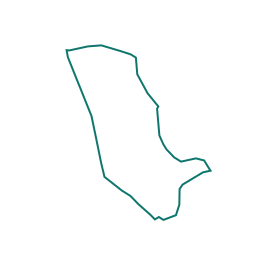 Zaqaziq 1, Ash Sharqiyah, Egypt (Albers equal-area conic projection), rotated 301°
{"feature_id": "37247803B90697971403179", "entity_name": "Zaqaziq 1", "entity_type": "district", "adm_level": 2, "iso_a3": "EGY", "parent_name": "Egypt", "parent_adm1": "Ash Sharqiyah", "projection": "albers", "projection_center": [31.514, 30.585], "detail": "fine", "context": "isolated", "style": "outline", "palette": "teal", "viewbox_px": 256, "rotation_deg": 301, "n_neighbors": 0, "source": "geoboundaries", "source_scale": "gbopen_adm2", "svg_char_len": 727}
<svg xmlns="http://www.w3.org/2000/svg" viewBox="0 0 256 256"><g transform="rotate(301 128 128)"><path d="M163.1,35.3L157.8,39.9L142.1,60.6L136.7,67.8L128.1,79.1L119.5,90.5L106.0,103.0L103.5,105.3L84.3,122.9L74.0,133.0L71.2,155.0L71.2,155.6L71.0,165.2L68.1,176.0L65.1,192.1L63.5,198.1L67.6,200.3L67.5,205.7L78.0,214.0L88.7,211.5L95.8,207.4L102.2,203.7L107.5,203.9L118.1,209.5L128.6,215.1L133.9,220.7L136.6,215.3L139.4,210.0L136.9,201.8L131.7,196.3L126.5,190.8L126.6,182.7L129.5,172.0L132.3,166.6L137.8,158.7L141.4,156.1L159.5,143.0L162.1,142.9L167.8,127.0L178.8,108.3L185.6,103.4L192.4,98.5L192.5,92.4L190.0,81.6L185.1,62.6L177.3,51.6L169.5,43.3L164.3,37.8L163.1,35.3Z" fill="none" stroke="#0f766e" stroke-width="2"/></g></svg>